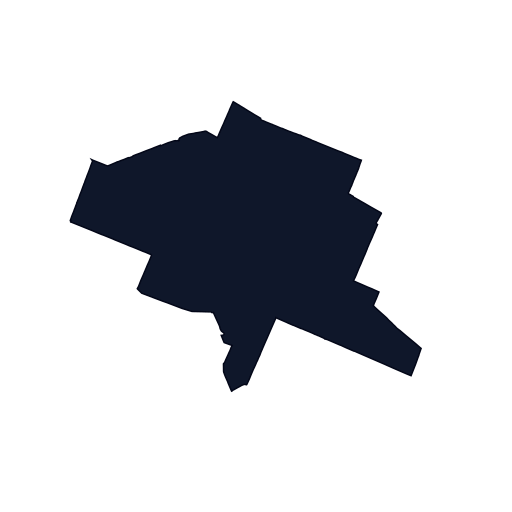 outline of Obarsia De Camp, Mehedinti, Romania, rotated 22°
{"feature_id": "2599482B85119873558149", "entity_name": "Obarsia De Camp", "entity_type": "district", "adm_level": 2, "iso_a3": "ROU", "parent_name": "Romania", "parent_adm1": "Mehedinti", "projection": "albers", "projection_center": [22.992, 44.171], "detail": "fine", "context": "isolated", "style": "filled", "palette": "ink", "viewbox_px": 512, "rotation_deg": 22, "n_neighbors": 0, "source": "geoboundaries", "source_scale": "gbopen_adm2", "svg_char_len": 6031}
<svg xmlns="http://www.w3.org/2000/svg" viewBox="0 0 512 512"><g transform="rotate(22 256 256)"><path d="M444.6,308.9L444.5,296.5L444.3,291.4L444.2,289.7L444.2,287.3L444.0,286.0L443.8,281.8L443.7,279.8L442.9,279.6L437.2,277.6L426.5,274.2L425.8,274.0L417.4,271.2L414.8,270.5L413.4,270.1L411.6,269.2L410.4,268.7L409.0,268.2L406.9,267.2L403.1,265.8L400.2,264.4L388.5,260.2L384.9,258.8L383.4,258.1L383.4,257.1L383.3,255.9L383.4,254.2L383.4,253.0L383.5,250.7L383.5,245.2L383.5,243.7L383.5,243.3L377.6,243.1L376.0,243.0L371.1,243.0L364.7,242.8L359.7,242.7L355.6,242.5L355.6,242.3L355.9,238.9L356.0,235.8L356.0,233.6L356.0,231.0L356.0,228.4L356.2,224.0L356.2,222.0L356.3,215.5L356.4,214.1L356.4,212.3L356.4,207.5L356.3,206.9L356.4,204.5L356.4,202.4L356.6,197.6L356.7,194.7L356.7,193.3L356.7,192.4L356.7,191.4L356.8,189.8L356.8,188.4L356.8,187.4L356.8,186.0L356.9,181.3L355.4,180.9L355.1,180.7L355.0,180.2L355.0,179.7L355.2,178.8L355.3,177.8L355.5,177.0L355.5,175.8L355.7,175.0L355.7,174.6L356.0,172.3L356.1,171.4L356.3,169.9L356.3,169.6L356.2,169.4L355.7,169.1L353.4,168.8L344.1,167.6L335.8,166.4L333.4,166.1L326.1,165.1L325.6,165.0L324.8,165.1L324.3,165.0L324.1,164.6L324.0,164.4L323.6,164.3L322.8,164.2L321.8,164.1L320.5,163.8L319.5,163.8L318.9,163.7L318.5,163.5L318.2,163.3L318.1,163.0L318.0,162.6L318.0,161.8L318.1,160.8L318.1,157.2L318.3,154.5L318.2,154.0L318.2,152.1L318.2,151.5L318.1,149.8L318.2,147.5L318.2,146.9L318.2,146.4L318.3,143.6L318.2,142.5L318.3,141.7L318.2,140.6L318.3,139.8L318.3,136.4L318.2,135.5L318.1,134.2L317.9,131.3L317.9,129.0L317.8,127.7L315.1,127.9L312.3,127.8L310.2,127.9L306.3,127.8L299.8,127.8L296.6,127.6L295.6,127.7L292.6,127.8L288.0,127.8L278.8,127.8L278.1,127.8L276.6,127.8L276.0,127.8L270.1,127.8L269.3,127.7L263.9,127.8L263.6,127.9L263.4,127.6L257.8,127.6L256.1,127.6L253.9,127.6L252.6,127.4L252.3,127.4L251.6,127.4L250.8,127.6L250.5,127.7L247.2,127.7L244.9,127.9L241.2,127.9L240.4,128.0L239.7,128.0L239.1,128.0L236.9,128.0L236.3,127.9L235.9,128.0L235.2,128.0L234.0,127.9L232.4,127.9L231.2,128.1L230.4,128.1L226.3,128.0L224.3,128.0L222.3,128.0L221.8,127.9L220.4,128.0L214.6,128.0L213.3,127.9L210.6,128.0L209.6,127.8L209.3,127.6L209.0,127.2L208.7,126.6L205.6,126.1L201.2,125.5L200.7,125.4L199.7,125.2L197.2,124.8L196.1,124.6L195.2,124.5L192.4,124.0L178.7,121.7L177.1,121.5L177.0,122.1L176.7,130.4L176.8,131.6L176.6,135.5L176.6,137.5L176.4,142.3L176.4,145.4L176.2,148.9L176.1,152.4L176.1,153.2L176.0,155.9L176.0,156.6L176.0,158.1L175.9,160.3L175.8,160.8L175.4,160.8L174.7,160.6L174.0,160.6L173.3,160.5L169.2,159.9L165.8,159.5L164.5,159.3L163.6,159.0L162.6,159.1L162.0,159.3L160.7,160.3L158.5,161.7L156.1,163.2L153.7,164.6L152.1,165.8L148.1,168.1L147.7,168.4L143.1,172.6L142.5,173.4L141.0,175.2L141.0,175.6L140.9,175.9L140.9,176.1L140.8,176.5L141.1,177.0L141.6,177.7L141.3,178.1L140.9,177.7L140.5,178.1L139.1,179.0L138.5,179.3L138.2,179.2L136.8,180.0L136.2,180.5L135.3,181.3L132.1,183.9L131.5,184.5L129.6,186.3L126.9,189.0L126.3,189.5L125.9,189.1L124.5,190.4L121.1,193.6L119.3,195.4L114.9,199.4L109.7,204.4L107.0,206.8L104.5,209.2L104.3,209.8L103.9,210.4L101.9,212.2L101.1,212.5L100.6,212.8L97.5,215.9L94.8,218.3L93.2,219.9L92.5,220.5L92.0,220.7L91.7,221.2L90.4,222.5L86.3,226.6L84.9,227.9L84.5,228.1L83.0,228.2L78.9,228.2L68.9,228.3L67.4,228.2L67.8,228.5L68.6,228.7L68.9,229.1L69.0,234.0L69.2,237.0L69.3,242.0L69.3,244.0L69.3,245.4L69.4,246.4L69.4,250.0L69.6,252.5L69.5,253.6L69.6,254.7L69.6,256.5L69.8,261.6L69.8,262.0L69.8,262.9L69.8,265.2L70.0,269.0L69.9,271.2L70.0,272.8L69.9,273.3L69.9,273.9L70.1,274.5L70.1,276.8L70.2,279.1L70.2,281.3L70.3,282.7L70.3,288.5L70.4,289.7L70.5,292.7L70.7,293.0L70.9,293.1L71.3,293.1L71.6,293.0L71.6,293.9L71.9,293.9L72.1,293.8L72.4,293.8L93.3,293.8L95.3,293.8L100.9,293.9L103.0,293.9L105.2,293.9L106.6,293.8L116.4,293.8L118.8,293.9L121.6,293.9L128.7,293.9L131.2,293.9L134.7,294.0L138.2,293.9L138.9,293.9L140.7,293.9L142.0,293.9L149.5,294.0L152.1,293.9L156.4,294.0L158.0,294.0L158.6,294.3L158.8,294.6L158.9,294.8L158.9,299.5L158.9,300.9L158.7,305.8L158.7,308.9L158.6,309.7L158.7,310.6L158.6,312.3L158.6,315.4L158.4,321.5L158.5,328.1L158.4,329.0L158.2,330.6L158.2,330.8L159.0,331.2L164.0,333.3L164.3,333.3L186.7,332.8L191.0,332.6L207.1,332.3L217.4,331.4L227.7,327.5L229.6,326.8L234.9,324.8L235.1,324.7L235.4,324.7L236.5,325.0L237.4,324.5L237.8,324.2L238.4,325.1L242.9,329.4L247.6,333.8L248.9,335.2L249.7,336.4L250.1,336.9L251.0,337.7L252.0,338.5L252.8,338.8L254.3,339.2L255.1,339.5L255.6,340.0L255.7,340.4L255.7,340.8L255.4,341.5L254.1,342.3L253.5,342.6L257.4,346.7L258.9,348.2L261.6,348.1L267.4,347.9L267.2,350.6L267.3,352.4L267.3,353.4L267.1,356.3L267.1,356.8L267.1,357.5L266.8,363.9L266.8,365.7L266.7,367.1L266.2,367.8L266.4,368.6L267.6,371.4L269.1,375.0L269.5,375.7L270.4,376.7L271.2,377.6L273.0,379.5L276.1,382.5L276.7,383.0L277.7,384.2L281.1,387.6L283.5,390.0L283.9,390.4L284.2,390.5L284.3,390.4L284.3,390.2L284.3,389.9L284.3,389.7L284.7,389.2L285.3,388.6L288.1,385.1L289.0,384.0L289.4,383.6L291.2,381.3L291.7,380.8L292.9,379.7L293.1,379.5L293.5,379.3L293.9,379.2L295.2,379.0L295.5,378.9L295.6,378.5L295.9,372.8L295.9,372.2L295.9,370.5L295.9,369.3L295.9,367.8L296.0,362.1L296.2,359.5L296.2,358.7L296.3,357.0L296.3,355.4L296.3,354.0L296.4,353.7L296.4,353.1L296.5,352.4L296.5,349.4L296.6,347.9L296.7,346.6L296.6,343.2L296.7,340.3L296.7,338.7L296.8,334.9L296.9,331.0L297.0,328.8L297.3,316.8L297.6,307.2L297.6,306.2L297.4,305.7L299.4,305.8L307.0,306.0L310.3,306.1L310.8,306.2L312.1,306.2L316.2,306.3L317.0,306.2L325.0,306.4L325.4,306.3L325.9,306.2L326.2,306.2L328.8,306.3L329.5,306.3L331.1,306.3L333.4,306.3L337.8,306.4L339.9,306.6L340.7,306.5L341.2,306.5L343.3,306.6L343.8,306.5L347.5,306.7L348.1,306.7L349.5,306.8L350.0,306.8L350.9,307.2L352.2,306.9L354.0,306.8L367.1,307.1L368.2,307.0L369.7,307.1L373.6,307.3L381.9,307.5L382.4,307.5L382.7,307.4L383.9,307.3L384.2,307.3L384.6,307.4L385.4,307.4L389.1,307.5L392.6,307.6L416.3,308.2L418.5,308.3L422.1,308.4L424.5,308.5L428.4,308.6L440.5,308.9L444.6,308.9Z" fill="#0f172a" stroke="#020617" stroke-width="1.5"/></g></svg>